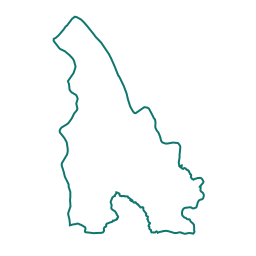 Noumbiel, Noumbiel, Burkina Faso, rotated 184°
{"feature_id": "67063806B78350075830190", "entity_name": "Noumbiel", "entity_type": "district", "adm_level": 2, "iso_a3": "BFA", "parent_name": "Burkina Faso", "parent_adm1": "Noumbiel", "projection": "orthographic", "projection_center": [-3.048, 9.8], "detail": "fine", "context": "isolated", "style": "outline", "palette": "teal", "viewbox_px": 256, "rotation_deg": 184, "n_neighbors": 0, "source": "geoboundaries", "source_scale": "gbopen_adm2", "svg_char_len": 5510}
<svg xmlns="http://www.w3.org/2000/svg" viewBox="0 0 256 256"><g transform="rotate(184 128 128)"><path d="M179.2,26.9L175.9,28.0L174.2,28.4L173.3,28.5L172.4,29.0L171.0,29.1L170.6,29.0L170.0,28.7L169.7,28.6L169.1,28.3L168.5,28.3L167.7,27.9L167.3,27.8L165.6,26.9L164.8,26.4L164.3,26.3L163.9,25.9L163.6,25.4L163.4,24.9L163.4,24.2L163.7,23.0L163.8,21.9L163.5,21.3L162.8,21.0L161.1,21.0L156.6,20.8L154.7,20.7L152.7,21.0L147.0,21.6L146.0,22.0L145.4,22.5L145.0,23.1L144.8,23.8L144.9,24.6L145.0,25.5L145.1,26.0L144.8,26.9L144.2,27.6L143.4,27.9L142.9,28.5L142.9,29.0L143.1,29.5L143.0,30.1L142.5,31.1L141.9,31.3L140.9,31.8L140.4,32.0L139.9,32.3L139.3,32.5L138.4,32.9L137.7,33.1L137.1,33.5L136.8,33.8L136.8,34.1L136.5,34.6L136.2,34.5L135.2,34.6L134.7,35.0L134.0,35.6L133.4,35.6L133.2,35.7L132.6,36.2L132.7,36.5L132.6,37.1L132.5,37.3L132.2,37.3L132.0,37.7L132.0,38.0L131.8,38.3L131.6,38.6L131.9,39.3L132.2,39.7L132.9,40.4L133.2,41.3L133.5,41.4L133.9,42.4L134.4,43.1L135.1,43.9L135.7,44.3L137.0,44.9L138.3,45.8L138.9,46.5L139.1,47.0L139.1,47.5L139.1,48.0L139.0,48.4L138.9,49.8L139.1,50.3L139.4,51.2L140.1,52.5L140.1,53.1L140.0,53.8L139.3,55.7L138.9,57.1L138.5,57.8L137.6,58.7L137.3,58.9L136.4,59.1L136.3,59.3L136.2,60.4L135.9,60.9L135.2,61.8L135.1,62.3L135.2,63.0L134.8,63.0L134.3,62.8L133.7,62.7L133.3,62.5L132.8,62.3L132.4,62.1L131.9,61.6L132.0,61.1L131.6,60.3L131.4,60.0L131.2,59.8L130.9,59.9L130.6,59.9L130.4,59.6L130.1,59.5L129.6,59.5L129.4,59.7L129.2,59.8L128.9,59.7L128.5,59.7L127.2,59.9L126.3,59.5L126.0,59.5L125.7,59.7L125.3,59.7L124.1,59.7L123.4,59.6L123.1,59.1L123.0,58.6L122.8,58.4L121.9,58.2L121.6,58.1L121.3,57.7L121.1,57.4L120.5,57.3L120.5,57.0L120.3,56.7L119.9,56.6L120.4,56.1L120.0,55.9L119.8,55.9L119.8,55.6L119.5,55.3L119.2,55.3L118.6,55.5L118.6,55.2L118.4,55.0L117.9,54.9L117.6,54.7L117.2,54.2L117.0,54.3L116.7,54.2L116.3,54.0L116.1,54.1L115.7,54.4L115.4,54.5L115.1,54.4L115.0,53.9L114.6,53.7L114.3,53.2L113.8,52.9L113.3,52.9L112.7,52.1L112.4,52.2L111.5,51.0L110.9,50.7L110.6,50.4L110.5,50.1L110.3,49.9L110.2,49.7L109.9,49.6L109.6,49.6L109.3,49.7L108.3,50.0L107.8,50.0L107.2,49.7L107.2,49.0L107.2,48.7L107.0,48.1L106.9,47.6L106.7,46.9L105.4,45.5L104.1,44.1L103.8,43.8L103.8,43.4L104.0,43.0L103.8,42.3L103.7,41.8L103.3,41.5L102.9,41.4L102.3,40.9L102.0,40.9L102.0,39.6L102.4,38.7L102.2,38.2L101.7,37.8L101.4,36.8L101.1,36.1L100.9,35.7L100.4,35.3L99.8,34.9L99.5,34.7L99.6,34.4L99.5,34.1L99.7,33.9L100.2,33.4L100.3,33.2L100.5,32.2L100.7,31.7L100.2,31.4L99.9,31.1L99.7,30.8L99.8,30.2L99.8,29.8L99.9,29.5L99.6,29.0L99.1,28.5L98.6,28.2L98.3,28.0L98.0,27.8L97.9,27.5L98.0,27.2L97.7,26.7L97.6,25.9L97.2,25.5L94.7,25.6L94.4,25.7L94.2,25.6L93.6,25.7L92.7,26.7L92.4,26.9L92.0,26.7L91.7,26.5L91.3,26.1L91.0,25.6L90.5,26.0L89.7,26.2L89.1,26.6L87.2,26.9L87.0,27.2L85.2,27.7L82.6,28.1L81.5,28.0L79.3,27.6L74.9,26.6L73.7,26.5L71.9,26.7L70.2,27.3L69.3,27.5L68.5,27.5L68.0,27.5L67.3,27.2L64.5,26.5L63.3,26.5L60.5,27.4L58.6,27.5L57.0,27.4L55.9,27.2L55.5,27.2L55.2,27.6L55.1,28.0L54.8,28.3L54.5,28.9L54.5,29.6L54.8,30.1L54.9,30.5L54.9,31.2L55.0,31.5L55.0,32.5L55.1,34.0L55.3,34.6L55.5,35.6L55.5,36.1L55.9,36.4L56.3,37.0L56.8,37.5L57.4,37.9L58.3,38.5L58.8,39.0L59.4,39.7L59.5,40.1L60.1,41.1L61.1,41.1L61.5,41.2L62.2,41.1L62.7,41.3L63.4,41.8L64.1,42.4L64.7,42.4L65.9,42.9L67.5,44.4L67.9,45.1L68.1,46.0L68.2,46.9L68.2,48.1L67.9,49.5L67.5,50.5L67.0,51.3L66.2,52.0L65.8,52.2L65.0,52.4L60.5,53.3L59.6,53.2L58.6,52.6L57.9,52.4L57.3,52.3L56.5,52.5L54.6,53.4L54.1,54.1L53.8,55.3L53.5,56.9L53.2,58.5L52.4,60.3L51.9,60.9L50.8,61.5L50.2,61.8L49.0,62.1L48.6,62.5L48.0,63.6L47.7,65.3L47.7,66.2L47.9,67.1L48.5,68.0L48.9,68.7L50.5,69.6L51.2,70.4L51.4,70.9L51.4,73.1L51.4,74.1L52.3,74.4L51.3,75.8L50.1,77.4L49.1,78.8L49.0,79.9L49.5,80.7L50.7,82.4L51.4,83.0L52.3,83.3L55.2,82.9L57.0,82.1L57.7,81.9L59.1,81.0L59.3,81.1L59.9,81.5L60.3,81.6L60.8,81.9L61.2,82.4L61.3,82.7L61.9,83.4L61.9,83.8L61.6,84.7L61.8,85.0L61.8,85.3L61.9,85.9L62.1,86.1L62.8,86.3L62.8,86.7L63.4,87.5L63.5,87.8L63.9,88.2L63.9,88.5L64.2,88.8L64.3,89.3L64.9,89.6L65.6,90.4L66.0,90.3L66.7,90.5L67.0,90.9L67.2,91.0L67.6,91.6L68.6,91.9L68.9,92.0L69.1,92.0L69.6,91.5L69.8,91.4L70.2,91.0L71.3,91.5L71.5,91.7L71.7,91.8L71.9,92.1L72.7,92.4L71.9,93.3L71.8,93.9L71.7,94.1L71.7,94.5L71.9,94.5L72.6,93.8L74.2,93.7L75.0,97.1L74.5,102.2L74.7,105.0L74.5,109.7L74.5,112.8L74.8,113.8L76.4,115.9L77.2,116.5L82.2,116.6L87.3,115.3L89.6,115.1L92.7,116.0L94.0,117.4L95.5,121.9L97.3,125.5L99.3,127.7L100.8,130.5L101.0,135.8L101.7,138.5L102.7,139.3L104.8,142.9L108.4,148.7L110.1,149.7L113.2,149.9L114.6,148.8L121.4,143.3L122.6,143.4L124.2,144.9L127.3,149.6L130.0,156.4L131.9,162.5L135.0,169.3L138.9,176.2L141.0,179.5L141.3,179.5L145.8,188.9L149.7,196.2L152.2,200.4L160.8,211.4L166.5,216.5L168.7,219.1L175.7,226.7L179.4,230.4L182.5,233.0L186.8,235.0L188.9,235.3L191.4,233.0L196.1,225.8L197.3,224.9L199.0,221.9L203.7,215.5L206.2,213.0L208.3,211.7L208.2,209.6L202.8,203.6L201.9,202.6L200.8,201.9L196.4,200.2L191.3,196.5L188.1,193.5L186.6,191.4L184.6,185.6L185.2,182.5L186.2,178.9L191.2,170.5L189.9,167.6L188.9,161.9L186.9,159.7L182.1,157.3L181.1,155.8L180.2,153.5L181.3,148.9L181.0,147.7L179.8,143.8L180.3,142.1L182.8,138.6L184.7,133.8L187.4,129.3L188.7,127.8L194.3,123.9L195.6,121.9L196.0,120.4L195.6,118.8L190.9,113.7L188.7,110.4L188.1,109.3L186.7,103.1L186.5,100.3L186.9,97.4L191.6,88.1L191.5,85.9L188.9,79.3L187.6,75.0L183.3,67.7L183.1,65.1L181.1,60.3L180.7,55.0L180.8,52.3L179.9,45.7L181.6,39.4L181.7,37.8L180.1,32.9L179.3,28.5L179.2,26.9Z" fill="none" stroke="#0f766e" stroke-width="2"/></g></svg>